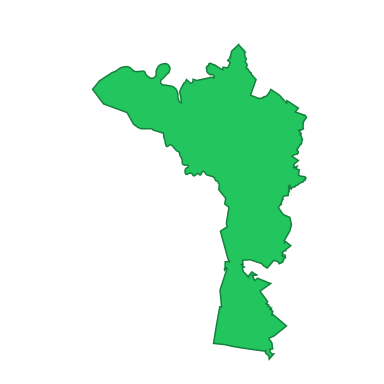 the district of Jonuta, Tabasco, Mexico, rotated 189°
{"feature_id": "50627088B39502895384690", "entity_name": "Jonuta", "entity_type": "district", "adm_level": 2, "iso_a3": "MEX", "parent_name": "Mexico", "parent_adm1": "Tabasco", "projection": "robinson", "projection_center": [-92.185, 18.135], "detail": "fine", "context": "isolated", "style": "filled", "palette": "green", "viewbox_px": 384, "rotation_deg": 189, "n_neighbors": 0, "source": "geoboundaries", "source_scale": "gbopen_adm2", "svg_char_len": 5937}
<svg xmlns="http://www.w3.org/2000/svg" viewBox="0 0 384 384"><g transform="rotate(189 192 192)"><path d="M86.0,44.8L87.2,44.6L88.0,44.8L88.6,45.2L89.6,46.1L90.0,47.0L90.4,48.8L87.8,49.6L89.4,55.3L90.4,56.5L92.6,58.5L93.1,59.7L88.5,62.6L77.7,74.5L93.0,83.7L93.2,83.0L93.6,82.7L94.3,83.7L93.5,86.1L93.6,86.9L94.3,87.0L95.0,87.9L95.2,88.2L95.3,89.3L96.1,88.0L96.7,88.4L96.6,88.8L96.8,90.6L97.2,91.0L99.0,91.0L99.0,92.1L98.8,92.6L101.5,93.2L100.5,94.5L100.4,95.4L100.2,95.6L109.3,104.7L99.9,114.0L103.2,114.5L105.3,115.1L113.8,117.1L116.1,114.4L117.8,116.6L118.5,118.2L119.5,119.0L114.9,120.1L114.9,120.3L118.0,121.2L119.4,122.0L120.5,122.4L123.1,117.7L123.0,117.0L128.8,121.4L130.5,125.3L128.6,126.1L132.0,128.1L130.3,128.6L131.4,132.5L123.8,134.2L116.6,132.9L112.2,132.3L111.3,131.6L110.1,130.5L105.8,128.6L101.0,136.4L100.2,137.4L95.7,136.4L94.7,134.8L91.6,136.7L91.8,137.1L91.5,138.0L91.1,138.1L90.6,140.8L89.3,141.7L90.3,144.2L92.1,142.3L93.2,143.7L92.1,144.8L93.6,146.3L91.5,148.4L90.2,148.6L90.1,150.0L86.0,154.4L91.8,157.7L92.6,156.5L93.1,158.1L93.3,158.2L89.4,168.6L88.6,174.9L91.3,182.2L98.4,184.0L104.3,190.2L102.9,192.8L102.3,193.5L101.7,193.8L102.4,194.9L102.2,195.5L101.7,196.1L101.9,196.6L101.9,197.3L100.8,199.1L100.9,199.3L101.8,200.1L101.7,200.8L99.8,202.9L97.2,203.2L96.5,203.5L96.7,205.9L96.6,206.4L96.2,207.2L96.7,207.8L96.1,208.1L95.9,208.5L96.1,208.9L96.9,209.6L97.0,209.8L97.1,210.8L97.4,213.0L97.2,213.6L96.8,213.9L96.1,213.7L95.9,213.3L95.8,212.5L95.3,211.8L95.7,211.1L95.7,210.7L95.0,210.5L94.4,210.6L94.4,211.2L94.3,211.6L92.0,213.0L91.2,213.1L90.5,214.5L88.8,215.4L88.1,216.4L87.2,217.0L86.5,218.0L84.1,219.1L83.6,220.6L83.2,220.9L82.2,221.1L82.2,222.5L81.5,223.6L81.6,223.8L82.8,223.9L83.0,224.1L83.0,224.8L86.8,224.6L89.4,225.2L89.6,230.8L93.1,231.1L92.2,233.8L95.5,232.0L95.4,235.7L91.8,239.7L98.7,242.8L97.1,244.8L94.8,245.6L94.1,245.8L93.3,246.8L93.2,247.4L93.4,248.7L94.4,249.3L95.4,250.4L94.4,251.1L94.2,251.9L93.8,252.5L93.7,253.5L92.9,254.3L93.0,255.7L91.9,256.0L91.7,256.5L91.7,257.3L91.2,257.7L91.7,259.0L91.4,260.2L91.0,260.8L91.0,261.1L91.8,262.1L92.1,263.0L92.9,264.0L93.2,264.8L93.8,265.1L93.9,265.3L93.4,265.7L93.3,265.9L93.3,266.5L93.5,266.8L94.2,266.8L94.4,267.2L94.2,267.8L95.0,268.1L95.3,268.7L95.9,269.1L96.1,269.7L95.8,270.1L95.6,270.1L94.6,269.9L94.3,270.0L93.8,270.3L93.5,270.8L92.3,271.3L91.9,271.8L91.9,272.3L92.7,273.5L92.5,275.9L92.7,276.4L93.2,276.9L93.4,277.5L92.8,278.2L92.4,280.0L90.7,283.2L90.7,283.8L90.9,284.1L92.9,285.7L93.7,285.2L94.3,285.7L94.8,285.7L95.1,285.9L102.6,287.2L100.0,291.5L112.5,297.1L112.5,294.5L120.6,301.2L130.2,305.7L131.0,303.0L132.0,301.0L133.5,298.3L136.5,296.9L136.5,296.2L140.3,294.8L149.4,296.8L146.3,313.1L151.3,317.0L151.4,317.3L151.8,317.7L152.2,318.9L152.8,319.3L153.5,319.4L153.9,320.1L155.0,320.7L155.9,322.2L157.6,322.6L157.9,323.3L157.4,325.0L157.5,326.0L157.8,327.0L158.6,327.8L159.3,328.1L159.7,329.2L159.7,330.0L159.4,330.8L159.4,331.4L159.2,331.9L159.4,332.5L161.1,334.3L161.0,335.0L161.5,336.0L161.7,337.6L162.1,338.2L161.8,338.6L161.4,338.7L168.8,344.6L169.0,345.0L174.9,337.3L175.3,332.5L175.5,331.6L175.5,330.6L175.2,330.7L177.3,327.5L174.5,325.9L176.2,320.1L180.8,320.2L180.8,317.6L183.0,318.2L189.5,321.1L191.2,321.3L191.6,321.1L192.9,321.9L193.5,322.0L194.2,322.0L195.0,321.6L195.4,321.2L195.5,320.8L195.3,319.8L195.4,319.3L195.7,319.1L196.0,319.2L196.5,319.0L196.9,318.4L197.3,316.9L196.6,315.4L196.2,313.8L195.7,312.8L194.4,311.7L192.6,310.7L191.5,310.7L190.6,311.3L189.9,311.4L188.0,309.5L187.9,308.5L188.1,308.0L188.6,308.0L189.2,308.4L190.0,308.6L204.7,302.9L208.6,303.5L208.3,301.7L208.8,300.0L210.3,299.1L215.0,302.2L216.2,298.5L217.0,298.4L218.9,293.0L219.8,289.1L219.0,286.7L218.2,284.9L216.4,278.4L218.1,278.7L219.1,280.0L220.1,281.7L220.8,283.5L221.1,285.8L221.6,287.5L222.2,288.7L222.7,289.6L223.7,290.9L224.8,291.8L226.7,292.8L228.2,293.3L232.8,293.4L238.0,293.3L238.8,293.5L239.8,294.6L240.3,295.8L240.4,296.9L240.2,297.5L237.3,301.2L236.0,303.4L233.9,305.9L233.3,307.0L233.1,309.7L233.1,310.6L233.2,311.2L233.6,312.0L235.0,313.6L236.7,314.5L238.3,314.7L239.4,314.5L242.3,313.3L243.7,312.3L244.7,311.1L245.2,310.0L246.1,307.5L246.3,305.9L246.0,303.9L245.6,302.2L245.7,301.6L246.5,300.0L247.5,298.8L248.6,298.2L249.5,297.9L250.8,298.0L252.8,298.8L254.5,299.7L256.2,301.1L257.3,303.1L258.0,303.6L259.2,303.8L264.2,302.5L267.2,302.1L268.2,302.4L269.4,303.0L272.2,304.9L273.6,305.5L275.5,305.7L277.2,305.4L280.0,304.5L281.1,304.0L282.6,303.0L284.9,300.7L286.9,299.0L288.7,297.9L289.3,297.7L300.7,287.4L304.4,280.9L306.3,277.9L293.2,265.2L268.6,260.3L260.4,249.9L255.5,247.3L251.9,246.5L241.8,248.2L239.9,247.1L229.4,245.6L228.3,241.4L227.0,239.1L226.3,237.7L226.0,236.1L224.7,233.4L224.0,233.0L223.1,233.3L221.3,235.2L220.0,235.3L219.4,235.0L213.5,230.2L211.7,229.8L210.7,229.0L209.7,226.5L209.0,225.4L207.4,223.5L206.7,222.2L206.2,219.5L205.9,218.5L205.2,217.9L204.6,217.5L203.7,217.4L202.6,217.5L201.4,217.8L200.6,217.7L199.8,217.4L199.5,216.7L199.6,216.1L201.7,214.3L202.2,213.3L202.2,211.6L201.8,209.9L201.1,208.9L200.6,208.5L200.0,208.5L199.0,209.0L198.3,209.7L197.0,210.2L195.7,210.3L194.7,210.0L193.5,208.5L193.1,208.3L191.9,208.4L189.6,211.2L189.1,211.2L187.7,210.3L186.9,210.1L186.1,210.2L185.8,210.9L185.3,213.0L185.1,213.5L184.7,213.9L183.7,214.1L183.3,214.0L182.7,213.6L180.7,211.6L180.1,211.2L173.8,210.4L173.1,210.1L172.3,209.6L170.6,207.2L169.8,206.7L169.2,206.6L168.5,206.8L166.2,203.7L165.9,198.5L157.7,191.0L157.8,185.3L153.1,182.6L153.2,167.5L152.8,165.2L151.7,163.4L157.8,157.7L145.9,131.4L145.5,130.8L144.9,130.3L145.1,130.3L144.3,129.0L148.3,128.4L147.6,123.1L147.4,122.9L147.8,121.7L147.8,120.3L147.5,119.9L146.7,122.3L145.9,122.4L145.7,121.9L145.4,121.8L149.0,99.6L144.8,82.9L146.6,83.0L147.0,64.9L147.1,45.8L135.9,46.4L128.5,45.9L121.6,45.8L107.8,45.9L95.2,46.2L95.2,46.5L94.4,47.0L94.3,44.7L89.9,41.6L90.0,40.1L89.6,39.0L86.0,44.8Z" fill="#22c55e" stroke="#15803d" stroke-width="1.5"/></g></svg>